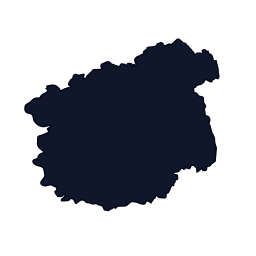 outline of Zhytomyr, rotated 259°
{"feature_id": "UKR-324", "entity_name": "Zhytomyr", "entity_type": "Region", "adm_level": 1, "iso_a3": "UKR", "parent_name": "Ukraine", "parent_adm1": "", "projection": "mercator", "projection_center": [28.508, 50.617], "detail": "fine", "context": "isolated", "style": "filled", "palette": "ink", "viewbox_px": 256, "rotation_deg": 259, "n_neighbors": 0, "source": "natural_earth", "source_scale": "10m", "svg_char_len": 5789}
<svg xmlns="http://www.w3.org/2000/svg" viewBox="0 0 256 256"><g transform="rotate(259 128 128)"><path d="M112.5,28.4L113.7,28.4L114.6,29.5L114.8,30.5L114.9,32.2L115.4,33.3L116.1,34.0L117.9,35.1L118.6,36.0L119.0,37.0L119.7,39.7L120.0,40.5L120.8,40.8L121.6,40.4L123.2,38.9L126.2,36.8L127.8,36.3L129.5,36.2L134.9,37.4L136.5,38.0L137.1,39.4L137.2,41.4L138.2,46.9L138.6,48.2L139.2,49.3L140.2,49.8L141.9,48.8L142.6,48.9L143.1,50.1L143.5,52.0L144.2,53.0L145.3,51.7L145.5,50.3L145.4,46.5L145.6,44.9L146.8,42.2L148.5,40.1L150.5,38.5L152.4,37.5L154.2,37.1L157.9,37.1L159.5,36.5L160.7,35.2L162.2,32.1L163.4,30.9L164.6,30.5L165.8,30.4L168.3,31.0L169.8,31.9L170.5,33.1L171.8,36.7L173.8,39.8L174.6,41.4L174.8,44.0L174.2,46.5L174.6,47.6L175.6,48.4L176.9,49.9L177.6,51.8L178.1,53.9L178.9,55.7L180.3,56.5L181.5,56.0L182.3,55.3L182.7,56.2L183.1,56.7L183.3,56.8L184.3,56.3L184.5,56.5L184.7,57.6L184.4,62.3L184.2,63.0L183.6,64.4L182.8,65.4L182.1,66.2L180.1,67.6L179.0,68.2L177.6,68.4L177.3,68.6L177.2,69.0L178.4,73.3L179.0,78.3L179.3,79.7L179.7,80.5L179.8,80.7L180.2,80.4L181.6,78.1L181.9,78.0L182.9,78.3L184.0,79.0L185.9,80.8L186.4,81.5L186.8,82.8L187.2,83.4L189.6,84.4L190.2,85.1L190.5,85.6L190.6,86.3L190.6,86.8L189.2,89.3L189.1,89.7L189.0,90.8L189.2,94.4L188.9,95.0L188.4,94.9L187.7,94.3L187.0,94.0L185.0,94.1L184.8,94.4L184.7,95.0L185.0,96.3L185.3,96.8L186.5,97.4L189.9,102.7L191.6,104.7L191.7,105.8L190.6,112.5L190.6,113.3L191.2,113.6L193.5,113.3L194.3,113.4L194.9,113.7L195.4,114.1L195.8,115.4L196.1,116.7L196.9,120.0L196.8,121.0L196.4,121.9L195.8,122.7L193.7,124.0L193.0,125.6L191.2,128.2L190.1,130.6L190.0,131.3L190.3,131.8L191.8,133.2L192.1,133.9L191.0,137.0L190.6,137.4L189.9,137.5L189.6,137.7L189.6,138.2L189.9,138.9L190.9,139.6L191.2,140.1L191.3,140.4L191.2,141.1L190.6,143.0L190.1,143.8L189.5,144.0L188.1,143.8L187.8,143.9L187.7,144.2L187.8,144.6L189.2,145.7L189.2,146.0L188.8,146.7L188.6,146.9L186.9,147.1L186.7,147.4L186.7,147.8L187.1,148.6L187.9,148.9L190.9,147.7L193.5,147.6L194.1,147.9L194.6,148.3L195.4,149.3L196.2,150.8L196.6,153.4L197.4,155.4L197.6,156.9L197.9,157.5L198.2,157.7L199.3,157.7L199.9,158.0L200.3,158.5L201.5,161.3L201.9,161.7L203.0,162.1L203.2,162.7L203.3,163.5L202.9,167.3L203.0,170.8L203.3,171.6L204.9,172.8L205.1,173.9L205.1,175.1L205.6,176.1L205.6,176.5L205.0,177.5L204.3,178.2L201.9,178.9L201.6,179.6L201.6,180.2L202.5,184.6L201.8,186.0L201.8,186.6L202.0,187.3L205.5,193.1L205.7,193.7L205.5,194.2L205.2,194.9L203.8,196.4L201.4,197.8L200.7,199.2L199.2,201.1L198.0,201.5L196.6,202.7L194.6,203.6L192.4,205.3L191.0,205.4L189.9,206.7L189.6,206.8L188.5,206.7L187.7,207.2L187.4,207.9L187.6,208.8L188.1,209.9L188.1,211.0L187.6,213.4L186.3,215.6L186.3,215.8L187.1,215.9L189.9,215.7L190.1,215.9L190.2,216.8L190.1,218.0L189.9,218.5L189.7,218.8L188.7,219.3L188.2,219.8L188.0,221.2L186.5,221.1L185.9,221.4L183.5,223.8L182.9,224.2L178.7,224.6L177.9,224.9L177.5,225.2L177.1,227.3L176.9,227.4L175.3,227.2L168.8,227.6L164.4,227.0L162.1,227.1L160.3,226.6L159.7,226.1L159.4,225.6L159.5,225.3L160.4,224.1L160.5,223.8L160.5,223.2L159.6,221.9L159.3,220.5L159.0,220.1L157.6,219.0L157.5,218.6L158.0,217.3L161.0,213.6L161.0,213.3L160.8,212.9L158.7,211.2L158.2,210.4L157.2,208.2L157.1,207.8L157.1,206.3L156.8,205.0L157.0,204.1L156.6,203.2L155.5,202.2L155.2,201.7L155.1,201.3L155.3,200.6L155.2,200.2L154.6,199.9L150.7,199.4L150.2,199.4L150.0,199.7L149.4,201.4L148.7,202.1L146.7,203.0L145.7,203.8L144.8,205.5L144.1,207.1L143.6,207.6L138.1,207.0L135.8,208.0L134.5,208.3L133.5,207.4L131.9,206.5L131.3,206.4L126.0,206.3L125.3,206.4L125.1,206.7L124.0,208.7L123.5,209.2L122.5,209.6L121.2,209.8L120.0,209.7L117.1,208.3L116.0,208.2L114.2,208.9L108.4,209.1L103.2,210.6L101.2,210.8L97.0,210.2L91.6,210.8L78.9,207.2L78.2,206.2L77.8,204.6L75.2,200.8L75.1,200.1L75.3,199.1L75.1,198.3L74.5,197.8L72.2,197.0L71.6,196.2L71.9,193.7L72.4,193.4L73.8,193.2L74.0,193.0L74.0,192.7L73.7,191.5L72.0,188.3L71.8,187.4L75.1,187.8L75.8,187.8L76.6,187.3L77.4,186.3L78.7,186.0L78.9,185.7L79.1,185.0L79.2,183.9L78.9,182.6L78.4,182.1L77.3,181.6L76.8,181.2L76.5,180.6L76.9,179.1L78.0,177.4L78.1,177.0L78.0,176.7L77.0,175.7L76.9,175.0L77.0,174.7L78.1,174.0L78.2,173.6L78.2,172.8L78.0,172.0L75.9,169.3L75.7,168.9L75.6,168.4L75.8,165.8L75.7,164.3L75.5,163.9L75.1,163.7L74.4,163.7L74.1,163.9L73.1,165.5L72.6,166.9L72.2,167.3L69.1,167.1L68.4,166.8L68.3,166.4L68.2,165.2L67.9,164.5L65.6,163.4L64.9,162.2L64.6,161.9L63.6,162.0L63.0,161.7L62.9,161.4L63.0,161.1L63.5,160.2L63.2,159.7L57.4,155.6L56.8,154.8L56.6,153.7L56.2,153.0L55.6,152.7L53.5,152.2L52.9,151.9L52.5,151.2L52.5,150.4L53.7,146.0L54.0,145.3L55.3,144.0L57.0,143.0L57.2,142.5L56.6,142.1L55.4,141.8L54.5,141.3L53.6,139.4L52.3,138.4L51.2,136.9L50.3,136.4L52.5,133.8L53.0,132.4L52.8,132.0L52.4,131.6L50.9,130.6L50.6,130.2L50.3,129.4L50.4,128.6L51.7,125.2L52.9,123.7L53.4,122.9L54.8,119.2L55.2,117.5L54.7,115.9L52.7,112.6L52.3,111.3L52.2,109.6L53.1,104.4L53.2,102.7L52.1,101.1L51.8,100.2L51.9,99.9L52.8,99.4L53.0,98.8L53.0,98.4L52.2,97.3L52.0,96.9L51.7,95.0L50.7,93.0L50.7,92.7L51.2,92.0L51.8,90.1L52.2,89.4L52.8,89.1L55.1,88.6L56.6,87.8L56.9,87.5L58.1,84.8L59.3,83.5L59.9,82.4L60.4,78.3L61.8,76.4L62.8,73.4L63.4,72.6L65.2,71.5L66.0,69.9L66.3,68.7L66.2,67.4L64.1,63.1L64.0,62.7L64.3,62.2L68.1,61.2L68.9,60.4L69.7,58.8L69.8,57.7L69.5,57.2L68.5,56.3L68.4,55.5L68.4,54.2L69.2,49.1L69.7,48.9L70.3,49.1L71.1,50.1L71.4,51.0L71.8,51.6L74.2,53.7L74.8,54.0L75.2,53.9L75.5,53.2L75.3,52.5L74.9,51.7L74.0,50.8L73.8,50.2L73.7,49.4L74.0,47.5L74.4,46.0L77.2,44.6L79.3,44.2L79.5,44.8L80.3,45.7L81.3,46.5L82.2,46.8L83.2,46.7L83.8,46.1L86.7,42.2L87.0,41.6L87.3,40.3L87.0,36.9L87.4,34.9L88.2,33.3L89.3,32.2L90.7,32.0L92.0,32.7L95.7,36.7L96.9,37.3L98.0,37.6L104.0,37.6L105.1,37.2L106.6,35.9L108.6,32.0L109.8,30.2L111.1,29.0L112.5,28.4Z" fill="#0f172a" stroke="#020617" stroke-width="1.5"/></g></svg>